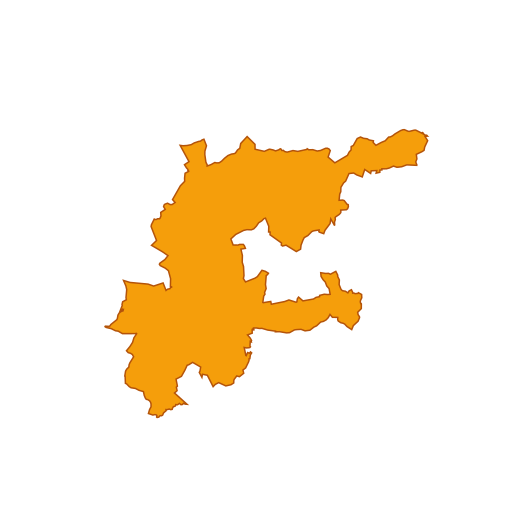 outline of El Roble, Sucre, Colombia, rotated 120°
{"feature_id": "7082276B3034597933819", "entity_name": "El Roble", "entity_type": "district", "adm_level": 2, "iso_a3": "COL", "parent_name": "Colombia", "parent_adm1": "Sucre", "projection": "albers", "projection_center": [-75.136, 9.08], "detail": "fine", "context": "isolated", "style": "filled", "palette": "amber", "viewbox_px": 512, "rotation_deg": 120, "n_neighbors": 0, "source": "geoboundaries", "source_scale": "gbopen_adm2", "svg_char_len": 6134}
<svg xmlns="http://www.w3.org/2000/svg" viewBox="0 0 512 512"><g transform="rotate(120 256 256)"><path d="M157.0,323.4L166.2,325.5L170.8,323.9L173.4,325.0L177.2,325.3L178.4,326.2L180.0,328.2L183.0,330.5L187.0,332.1L191.1,333.2L193.7,334.5L195.1,336.7L195.6,338.4L199.4,340.7L202.5,343.3L201.5,343.8L199.8,346.3L193.8,351.0L190.7,352.7L185.3,354.0L180.9,359.5L182.5,360.8L184.3,361.5L185.3,362.8L188.9,366.0L192.0,367.8L194.8,371.0L197.0,374.3L198.1,377.0L207.8,361.2L212.7,363.6L214.4,360.4L215.0,358.6L216.0,357.0L216.3,357.4L216.7,356.8L219.8,358.8L224.3,356.8L227.0,355.1L232.9,356.6L248.9,356.5L250.1,352.8L253.4,354.4L254.4,356.1L254.5,359.0L256.7,360.8L257.6,361.1L259.5,360.7L261.0,357.9L265.9,360.3L268.9,358.3L271.4,358.0L272.0,358.2L272.9,359.8L274.2,360.6L274.9,361.8L274.9,362.6L281.2,362.2L282.9,361.6L292.3,349.9L299.0,351.8L299.1,339.2L299.7,332.4L304.6,333.1L310.1,335.6L311.4,335.6L312.2,334.2L311.9,328.5L312.5,324.5L318.4,318.6L325.2,314.9L324.9,313.7L325.2,313.5L326.1,314.2L327.4,314.3L329.0,316.0L330.8,316.7L325.8,323.0L333.2,329.6L334.3,335.4L341.9,351.9L343.4,358.5L347.0,353.7L349.7,351.2L357.0,347.8L358.7,346.4L362.3,348.6L365.0,347.8L365.7,347.1L371.6,346.2L370.5,345.2L369.0,344.9L369.4,344.6L368.8,344.1L370.0,343.7L371.6,345.1L373.9,346.0L376.2,346.0L379.5,344.8L380.8,344.7L387.8,347.4L389.8,347.6L390.4,348.1L392.1,351.4L392.7,351.4L392.8,350.0L391.3,345.0L391.0,340.3L390.0,337.7L390.0,332.8L383.6,321.8L382.8,320.9L383.0,320.5L388.0,320.8L392.5,319.7L397.4,319.9L402.8,320.8L403.6,318.3L403.0,316.1L403.1,313.8L404.5,311.6L411.7,311.8L413.7,311.5L415.8,310.6L418.6,311.4L420.9,311.4L425.6,309.6L425.6,309.2L431.6,305.4L431.4,304.3L432.5,300.5L432.6,298.4L431.0,294.2L430.8,290.1L429.7,285.7L432.6,283.1L434.3,280.9L435.0,279.4L434.5,277.9L434.6,275.8L435.4,274.2L436.5,273.0L439.1,271.5L442.1,271.4L446.2,270.4L445.3,265.8L444.1,264.5L443.5,263.2L443.6,262.2L445.2,261.5L445.3,260.9L444.1,259.6L442.3,259.3L441.5,257.9L440.5,257.3L438.1,257.6L434.9,256.5L434.0,257.2L433.6,256.3L431.9,254.6L431.7,253.0L430.7,251.9L429.7,252.2L427.7,252.2L426.8,251.1L425.8,250.8L424.8,251.2L424.1,249.6L421.9,248.6L422.3,246.6L421.3,245.4L419.9,245.2L419.7,243.3L418.9,241.6L415.4,258.1L412.1,257.0L409.4,259.4L408.0,259.0L402.6,263.7L397.5,260.4L390.5,260.5L385.0,261.0L383.9,259.9L379.8,257.7L379.8,248.4L383.6,247.0L385.2,246.9L388.1,242.2L385.2,243.2L383.6,238.5L390.6,227.8L387.6,227.1L384.3,225.0L383.6,217.2L380.0,213.3L377.1,211.8L374.9,213.0L373.7,213.2L369.5,212.7L368.8,210.0L363.7,208.0L361.3,210.3L358.1,209.0L351.5,209.5L350.0,209.8L348.5,210.6L348.0,210.0L344.5,211.4L342.1,211.3L341.8,212.8L343.5,213.1L343.8,215.0L347.2,214.6L347.2,215.1L341.1,220.5L340.5,218.5L339.3,216.7L338.4,215.6L337.4,215.4L337.0,216.2L332.8,218.3L332.7,217.1L332.0,217.7L331.4,217.6L330.0,219.9L328.6,223.9L324.7,220.7L321.8,222.5L321.1,222.6L320.8,222.2L321.3,221.3L321.0,220.9L319.6,222.1L318.1,219.6L317.0,216.7L315.7,214.7L314.3,208.9L311.3,201.4L311.3,201.1L311.8,201.1L309.7,197.6L307.3,191.1L305.6,188.6L300.7,185.7L299.2,183.7L297.0,180.3L296.3,176.1L293.3,172.2L288.6,170.3L286.2,168.6L280.9,167.0L278.9,164.9L276.2,163.3L273.2,162.6L269.6,162.7L270.9,159.2L268.3,154.5L270.3,153.4L271.2,152.3L271.4,149.2L270.7,147.0L270.6,145.2L271.6,141.9L271.9,136.3L267.6,136.9L261.5,135.0L257.6,135.5L256.8,136.1L255.7,138.3L253.9,139.8L248.9,138.5L244.8,140.8L244.6,141.1L244.9,141.5L243.6,142.8L242.1,143.3L239.3,143.5L236.5,145.3L236.6,149.0L237.4,149.0L239.1,151.4L239.1,152.6L239.8,153.7L239.2,154.0L237.5,156.5L239.6,157.9L242.0,158.0L241.8,160.9L242.8,163.7L242.7,164.6L242.3,165.8L239.2,169.7L235.1,171.8L232.9,175.0L231.7,175.7L229.4,179.2L234.6,182.5L234.7,184.4L236.4,187.2L238.1,191.6L241.2,189.4L243.0,186.0L243.9,183.0L246.6,179.7L247.7,176.4L252.1,172.6L253.5,174.6L255.0,177.8L258.3,181.2L259.4,180.6L261.8,183.3L264.5,184.7L271.4,192.9L270.3,198.6L272.3,198.8L275.3,197.7L276.0,198.2L277.6,205.5L281.1,208.4L290.1,218.6L288.0,220.5L292.8,226.4L292.8,226.9L286.8,229.3L284.7,229.1L283.1,230.4L279.2,230.9L276.0,233.5L267.8,237.4L266.4,236.7L264.7,236.6L264.6,240.2L265.4,243.7L273.2,244.5L275.7,245.8L283.7,252.1L281.9,255.6L279.0,256.6L271.4,261.5L268.3,264.8L262.4,268.0L257.6,272.5L254.7,269.0L253.0,271.1L252.3,272.8L254.2,276.0L255.5,277.0L257.9,281.3L253.8,286.3L247.4,284.3L240.0,279.5L237.7,277.0L235.7,273.2L233.6,271.5L229.9,270.6L225.9,270.3L222.7,268.6L219.7,267.8L218.5,266.7L223.9,259.8L228.9,257.1L228.2,255.7L230.6,254.5L232.0,240.4L233.9,239.6L234.1,238.0L231.6,235.4L232.0,223.3L227.8,220.8L224.1,222.4L218.6,223.3L215.9,223.4L212.4,221.3L207.0,219.9L205.4,218.7L201.9,214.4L203.4,213.8L203.7,213.2L202.8,208.5L199.3,209.1L190.9,208.1L186.5,209.8L190.1,203.6L189.8,203.4L187.3,205.0L184.8,205.5L183.2,206.7L182.3,206.6L178.4,204.7L176.5,204.3L175.6,204.4L173.9,205.6L170.7,200.8L169.2,200.3L167.0,200.7L165.4,201.9L165.7,202.9L163.9,207.3L164.2,208.9L166.2,211.9L160.4,214.5L158.0,214.7L154.1,216.8L148.9,216.7L146.3,215.8L138.1,216.7L135.3,212.9L135.4,209.2L134.4,203.5L126.7,205.1L127.2,198.0L124.6,198.8L121.6,194.1L124.2,193.4L121.6,190.6L119.7,191.7L118.5,190.0L117.6,190.6L115.3,186.7L113.1,184.5L109.4,181.9L108.7,178.4L107.9,177.2L105.8,174.4L101.7,171.0L97.1,162.1L96.7,162.2L94.7,164.7L91.5,165.2L87.8,168.0L82.8,164.5L80.5,163.3L77.2,164.4L70.3,165.0L67.9,169.5L66.5,167.5L66.4,168.3L66.1,168.3L66.1,168.7L66.6,168.8L66.7,172.2L66.2,172.2L65.8,173.3L65.9,173.7L66.7,173.8L67.1,180.6L67.9,181.9L71.4,185.5L71.9,186.6L72.4,190.7L73.2,191.9L75.1,193.5L80.8,196.7L83.6,197.8L85.7,199.2L86.7,200.6L91.6,201.7L94.9,204.2L100.2,207.5L99.1,211.3L97.5,211.9L98.9,215.9L98.9,218.4L100.3,221.7L100.7,225.0L103.7,227.1L111.7,227.0L113.6,228.3L116.6,226.7L119.5,227.3L123.1,227.1L135.9,234.3L134.3,243.0L127.6,244.4L126.8,246.3L127.0,248.1L127.9,249.6L132.4,252.9L134.5,255.5L135.5,259.9L137.6,263.4L137.5,265.3L138.3,265.3L144.5,272.1L146.2,276.7L150.5,281.0L151.2,283.5L150.8,285.1L151.7,286.3L150.8,288.2L151.5,288.9L152.6,289.3L155.2,291.6L155.6,294.3L156.6,297.4L157.0,298.0L161.2,301.1L164.0,310.2L159.8,312.7L157.0,323.4Z" fill="#f59e0b" stroke="#b45309" stroke-width="1.5"/></g></svg>